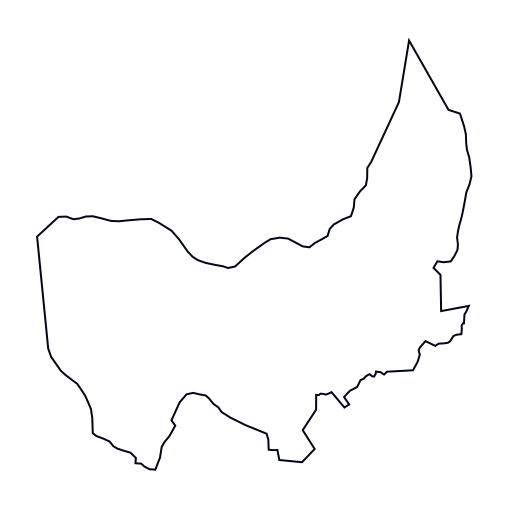 the district of Johor Bahru, Johor, Malaysia, rotated 178°
{"feature_id": "92858781B42177808662163", "entity_name": "Johor Bahru", "entity_type": "district", "adm_level": 2, "iso_a3": "MYS", "parent_name": "Malaysia", "parent_adm1": "Johor", "projection": "natural_earth1", "projection_center": [103.741, 1.468], "detail": "fine", "context": "isolated", "style": "outline", "palette": "ink", "viewbox_px": 512, "rotation_deg": 178, "n_neighbors": 0, "source": "geoboundaries", "source_scale": "gbopen_adm2", "svg_char_len": 2253}
<svg xmlns="http://www.w3.org/2000/svg" viewBox="0 0 512 512"><g transform="rotate(178 256 256)"><path d="M50.5,181.5L49.7,190.3L47.7,193.3L45.1,198.7L72.9,194.5L72.3,230.7L79.0,237.9L74.9,244.4L68.7,243.2L61.6,243.8L58.0,248.6L54.4,255.1L53.8,260.4L54.4,267.6L53.3,273.5L51.8,279.5L50.2,284.2L48.2,291.3L45.6,302.6L43.6,312.1L40.0,320.5L37.9,328.2L38.4,337.1L39.5,347.2L41.5,354.9L42.0,361.5L42.0,370.4L43.6,378.7L47.2,391.2L58.5,395.3L95.5,466.0L107.8,404.8L137.6,346.0L141.7,340.1L142.2,330.0L143.7,322.8L149.9,316.9L155.6,309.2L156.6,300.9L159.7,292.5L167.9,289.6L177.1,284.8L181.3,280.6L183.8,273.5L189.5,270.5L196.7,267.0L202.3,262.8L209.0,264.0L216.2,268.2L223.4,272.3L231.6,273.5L240.8,272.3L247.0,268.8L258.8,261.0L267.6,254.5L277.3,246.2L284.5,245.0L289.1,246.8L297.4,248.6L306.6,250.9L314.3,253.9L319.4,257.5L324.1,262.8L332.3,275.3L339.5,284.2L351.8,292.5L359.5,296.7L370.3,296.7L382.6,296.1L391.9,295.5L399.6,296.1L409.4,299.1L417.6,301.4L424.8,301.4L430.9,299.7L437.1,299.1L444.3,302.0L452.0,302.0L474.1,283.0L466.9,170.7L464.3,162.4L459.7,155.3L455.1,148.2L451.5,144.6L444.3,138.6L439.1,134.5L435.0,128.0L431.4,122.0L426.3,108.9L425.3,100.0L425.3,92.9L425.3,84.6L421.7,81.6L414.5,78.6L408.8,75.7L405.2,70.9L401.6,68.5L395.5,66.2L388.3,63.8L383.1,58.4L383.7,53.1L378.0,52.5L374.9,49.5L369.8,46.6L364.1,46.0L359.0,57.8L356.9,68.5L353.9,73.3L348.7,79.2L342.6,89.3L346.2,94.7L337.4,112.5L330.2,120.2L323.6,121.4L316.9,119.6L311.2,118.4L308.1,115.5L303.5,109.5L298.9,106.0L295.8,101.2L287.1,95.3L272.7,87.5L251.6,78.0L250.1,72.1L250.1,66.2L250.1,62.0L246.0,61.4L241.4,61.4L239.8,51.3L217.2,48.3L204.1,61.1L215.4,80.3L201.3,100.3L200.7,115.1L198.0,114.9L196.3,116.1L194.0,115.9L191.0,115.1L187.9,116.1L185.3,117.3L172.9,101.5L168.1,104.4L172.9,112.0L169.1,115.9L166.4,118.3L162.6,120.0L159.4,121.7L155.9,128.3L152.5,129.7L151.0,131.4L148.5,133.1L146.4,133.9L144.1,131.7L142.2,131.4L140.5,134.1L140.1,136.3L135.7,135.6L132.1,133.1L129.1,135.8L103.1,136.3L99.9,141.7L98.2,144.6L97.0,148.0L95.7,151.9L96.5,154.6L96.7,156.3L95.5,158.7L89.6,165.0L79.9,159.9L77.6,161.4L75.9,162.1L71.5,162.1L67.3,162.6L65.0,164.0L61.4,169.2L58.5,170.3L53.5,170.7L52.9,175.2L52.9,179.4L51.2,181.7L50.5,181.5Z" fill="none" stroke="#020617" stroke-width="2"/></g></svg>